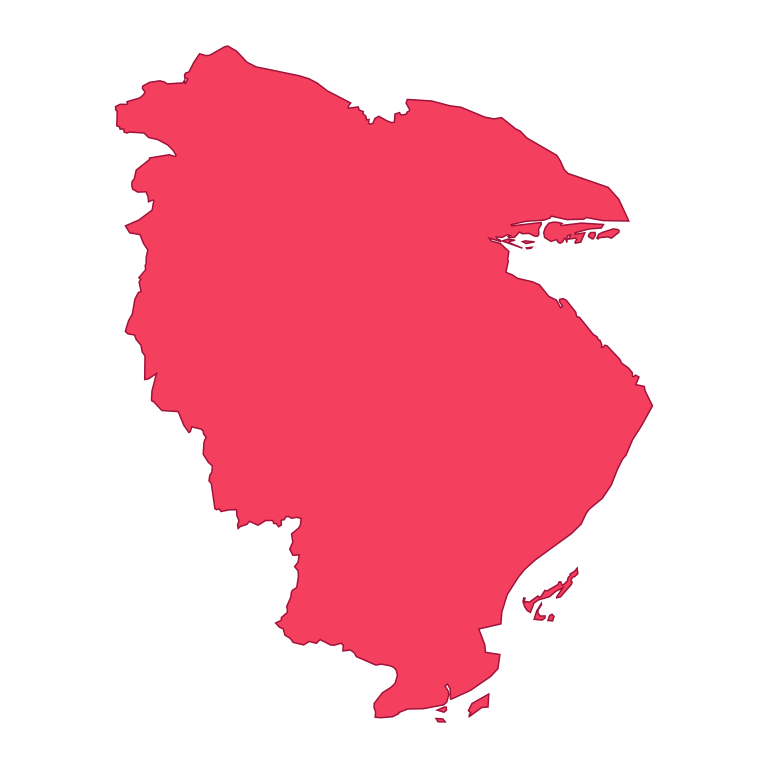 Shariatpur, Dhaka, Bangladesh (Mercator projection)
{"feature_id": "16705992B92388810566131", "entity_name": "Shariatpur", "entity_type": "district", "adm_level": 2, "iso_a3": "BGD", "parent_name": "Bangladesh", "parent_adm1": "Dhaka", "projection": "mercator", "projection_center": [90.365, 23.228], "detail": "fine", "context": "isolated", "style": "filled", "palette": "rose", "viewbox_px": 768, "rotation_deg": 0, "n_neighbors": 0, "source": "geoboundaries", "source_scale": "gbopen_adm2", "svg_char_len": 6111}
<svg xmlns="http://www.w3.org/2000/svg" viewBox="0 0 768 768"><path d="M500.9,623.9L501.8,612.0L507.3,594.5L518.4,577.1L524.6,569.5L535.0,560.1L571.4,533.6L581.1,524.1L586.2,513.3L589.3,509.1L602.5,498.1L611.3,485.0L617.3,469.7L622.6,459.0L626.0,455.2L632.6,439.6L641.3,426.1L652.5,405.9L645.2,391.0L644.2,386.4L635.7,384.6L639.0,377.1L635.5,375.1L633.8,376.7L632.6,376.5L632.2,372.6L628.7,368.3L621.6,363.1L619.8,359.4L607.1,345.9L604.9,345.2L603.2,347.1L601.5,347.2L601.8,344.7L600.0,340.3L598.5,340.0L597.0,336.8L593.2,334.4L579.5,317.4L576.7,316.6L575.7,312.1L566.3,300.3L563.1,298.6L559.7,299.4L559.4,301.4L562.6,306.4L560.5,307.7L556.4,300.1L548.8,296.4L539.5,284.9L532.8,281.9L517.4,278.3L512.2,274.8L505.9,272.4L508.3,261.2L507.6,259.6L508.9,251.5L500.3,243.5L491.6,241.2L489.1,238.1L500.4,241.5L500.6,240.5L496.9,238.6L496.3,236.9L502.1,237.4L507.4,234.7L510.3,235.7L508.1,236.5L508.9,237.7L514.5,237.3L519.5,232.0L522.0,233.7L529.2,233.4L534.5,236.1L537.4,236.3L538.8,234.5L538.6,229.0L541.3,224.5L541.1,222.5L511.7,225.9L511.1,224.6L526.5,221.2L543.8,220.2L550.0,218.0L551.3,216.1L566.9,219.6L583.9,219.2L586.2,217.5L603.0,220.6L628.8,221.0L618.8,199.3L608.2,187.4L567.9,173.4L564.2,169.5L560.2,160.7L556.7,155.3L527.0,138.1L520.1,131.0L515.8,129.0L501.5,117.6L493.8,118.9L484.8,117.1L460.8,107.2L449.9,105.8L431.8,101.0L408.6,99.5L407.2,99.6L406.1,103.2L409.6,109.3L409.4,110.8L407.0,112.2L406.5,114.0L402.4,115.0L400.7,114.6L399.5,112.6L395.0,114.0L394.4,122.2L391.8,122.6L387.1,120.9L378.8,116.3L374.9,118.5L372.8,123.5L369.7,124.1L368.5,123.1L369.0,119.4L366.6,119.8L365.8,116.2L363.0,113.7L363.3,111.6L359.1,110.0L358.3,106.9L348.4,108.2L348.4,106.2L350.7,103.0L327.2,90.8L317.1,83.0L309.0,78.8L299.0,75.7L256.1,66.9L247.1,62.3L236.6,51.2L227.9,46.1L224.8,46.7L209.6,55.3L205.9,55.6L199.6,53.8L193.9,62.2L188.9,72.0L185.7,73.0L184.6,74.6L184.8,78.0L187.8,78.9L185.5,83.5L184.7,83.3L184.8,79.9L182.9,82.9L167.3,83.9L164.5,82.0L159.8,80.8L149.5,82.4L142.7,86.1L142.4,88.4L145.0,92.1L143.2,95.1L139.6,98.0L127.0,101.7L127.5,103.7L126.6,104.4L120.2,104.3L115.5,106.6L115.8,110.1L117.2,111.3L116.8,125.9L119.6,126.9L120.0,129.1L123.6,129.1L124.2,132.2L127.0,133.0L129.4,132.1L143.9,133.0L148.7,137.5L157.4,139.5L167.7,144.9L173.3,150.6L176.1,155.5L174.9,156.5L169.3,154.7L149.6,158.0L149.3,159.7L136.2,170.1L134.2,179.1L132.1,181.5L131.8,185.9L132.8,189.3L137.8,192.1L146.0,191.8L148.1,196.9L148.5,201.8L152.8,200.0L153.8,200.6L152.1,210.1L138.9,220.0L125.4,225.9L129.7,232.8L140.0,234.6L143.5,243.5L147.8,249.8L146.2,257.5L146.1,264.0L145.2,265.4L145.6,269.8L138.9,277.7L140.8,279.2L139.1,281.9L141.1,291.7L138.4,292.4L134.9,299.2L132.3,314.2L128.6,320.6L125.3,331.4L128.0,333.9L134.5,335.0L136.2,339.5L141.0,345.3L142.1,351.8L145.0,355.9L144.7,379.5L148.6,378.8L156.5,373.5L152.0,390.9L151.5,399.9L152.2,401.3L153.5,401.5L161.9,410.5L178.2,411.6L183.9,425.4L188.9,432.5L190.3,431.6L191.7,426.9L200.7,429.0L202.9,430.5L203.7,434.2L206.1,437.1L204.0,442.1L203.2,454.2L208.4,462.4L212.3,465.9L211.9,472.2L209.8,475.2L209.0,480.9L211.3,483.6L214.9,508.7L216.5,509.7L219.1,509.0L221.1,511.5L228.9,509.9L236.5,509.7L237.0,516.2L239.0,520.4L237.5,525.2L238.2,528.5L240.2,526.6L247.0,524.3L249.4,521.3L258.0,525.2L265.7,520.5L272.9,520.5L273.6,523.4L276.3,523.6L278.6,526.8L281.4,525.0L281.2,520.2L284.1,519.7L286.0,516.8L288.3,516.4L291.7,518.3L296.8,517.3L301.1,518.4L300.4,524.9L298.9,527.8L291.6,533.9L292.8,542.2L289.7,549.1L292.9,555.3L299.2,554.9L298.0,562.2L294.6,566.6L298.1,570.9L298.4,576.7L296.7,587.6L292.6,590.1L291.4,592.2L290.8,597.2L286.7,606.5L287.5,610.4L286.9,612.9L281.4,617.5L281.2,620.4L275.6,623.0L279.2,627.0L283.2,628.9L285.0,635.2L290.2,638.3L293.2,642.4L303.6,644.9L309.3,641.5L316.4,643.3L320.1,639.6L330.6,645.0L334.4,645.2L341.2,643.2L343.3,645.5L342.9,650.9L350.3,650.0L354.1,652.6L356.5,656.7L375.9,665.1L381.2,664.1L390.6,665.9L394.3,667.8L396.4,670.6L397.4,675.4L395.1,683.4L390.9,687.4L382.4,692.8L374.2,703.4L374.1,708.0L375.6,711.7L375.2,717.3L381.0,717.7L392.3,716.8L398.7,713.7L398.6,712.6L407.8,709.0L423.4,708.7L443.8,704.8L446.7,702.1L448.8,694.7L448.0,690.7L445.0,686.0L447.5,684.0L450.2,689.0L450.4,699.0L451.2,699.2L470.6,690.3L490.8,676.3L497.9,668.7L499.9,654.5L485.5,652.3L484.8,644.8L478.8,629.0L500.9,623.9ZM561.3,225.5L560.6,224.4L562.0,223.4L558.7,222.5L553.8,222.1L548.8,223.2L545.4,227.6L543.7,232.5L544.6,237.5L551.0,241.4L556.4,239.6L558.1,242.3L560.1,243.2L562.5,242.0L564.4,238.5L565.6,238.8L566.9,242.5L567.1,236.6L568.2,235.3L570.5,235.0L568.5,239.1L575.4,238.2L576.8,239.5L575.0,242.0L575.4,243.2L580.8,242.1L584.8,232.8L575.1,234.3L575.3,232.7L588.9,229.0L601.4,228.0L603.5,224.5L581.5,223.1L561.3,225.5ZM574.7,576.6L577.8,573.7L577.1,568.1L574.8,571.1L570.0,574.1L570.4,575.4L568.3,577.3L567.3,581.1L562.9,585.2L561.9,585.0L560.8,581.8L559.2,581.8L557.9,584.6L546.9,591.0L544.9,590.4L541.0,596.5L539.0,597.3L537.9,596.0L529.5,602.1L525.7,601.6L523.8,602.5L525.0,598.2L523.8,597.9L523.0,601.7L524.7,606.8L527.4,610.7L530.4,612.4L534.0,603.0L538.7,599.8L549.5,596.7L555.9,591.2L562.9,587.8L556.6,597.0L556.7,597.8L560.3,597.0L571.3,584.5L572.1,582.1L570.8,580.4L572.6,577.2L574.7,576.6ZM488.8,694.0L472.0,703.5L468.4,710.6L470.9,713.0L469.3,714.5L469.3,716.6L481.8,707.5L488.0,707.0L488.8,694.0ZM599.1,237.7L608.0,236.9L611.4,238.2L618.9,232.3L619.1,230.7L618.1,229.6L613.4,228.9L602.1,232.5L598.7,234.3L596.9,238.1L598.0,238.9L599.1,237.7ZM542.1,620.1L545.0,618.0L545.0,615.9L540.1,616.1L537.9,612.8L538.1,610.0L541.5,604.7L541.3,603.5L536.7,611.0L534.1,619.3L542.1,620.1ZM515.1,240.2L507.8,239.2L502.4,241.0L522.5,248.2L509.5,242.8L509.6,241.4L515.1,240.2ZM444.0,712.2L446.5,710.1L446.3,707.2L444.2,707.1L437.1,710.1L444.0,712.2ZM593.5,238.6L595.4,234.8L595.1,232.5L590.7,232.5L588.7,234.7L588.5,236.6L592.2,238.9L593.5,238.6ZM552.6,620.9L554.0,616.3L552.0,614.3L549.7,615.5L547.9,620.5L552.6,620.9ZM445.2,721.9L442.8,718.9L436.0,718.5L438.0,721.8L445.2,721.9ZM525.1,240.9L522.5,241.6L526.1,243.6L534.6,241.8L525.1,240.9ZM531.1,248.3L532.0,247.2L526.3,247.9L526.9,248.7L531.1,248.3Z" fill="#f43f5e" stroke="#9f1239" stroke-width="1.5"/></svg>